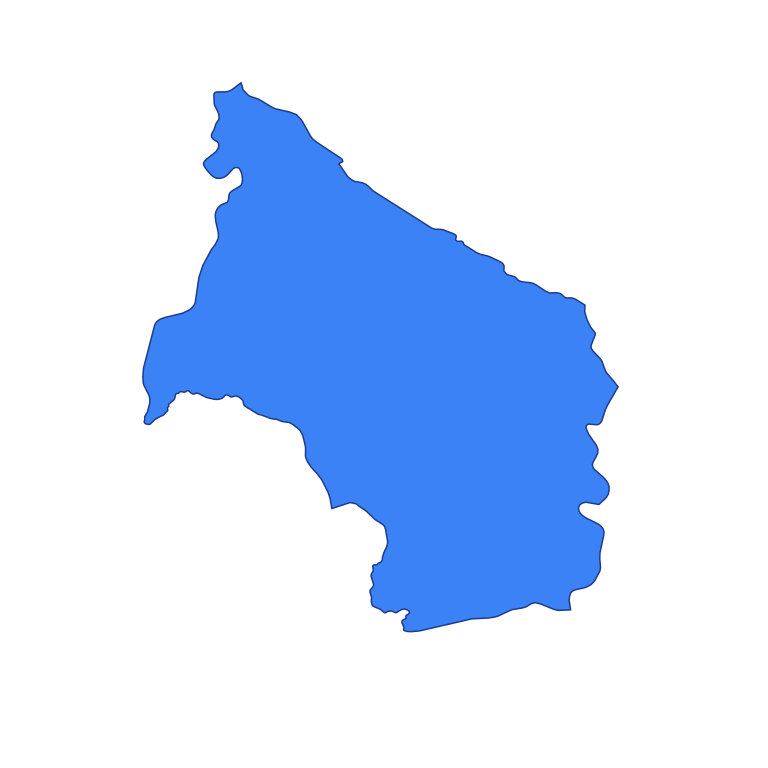 SVG path tracing the border of Nord-Kivu, rotated 294°
{"feature_id": "COD-1898", "entity_name": "Nord-Kivu", "entity_type": "Province", "adm_level": 1, "iso_a3": "COD", "parent_name": "Democratic Republic of the Congo", "parent_adm1": "", "projection": "natural_earth1", "projection_center": [28.468, -0.551], "detail": "fine", "context": "isolated", "style": "filled", "palette": "blue", "viewbox_px": 768, "rotation_deg": 294, "n_neighbors": 0, "source": "natural_earth", "source_scale": "10m", "svg_char_len": 6171}
<svg xmlns="http://www.w3.org/2000/svg" viewBox="0 0 768 768"><g transform="rotate(294 384 384)"><path d="M537.8,535.5L531.6,538.0L525.4,543.2L520.0,549.7L516.5,556.1L516.2,556.5L515.8,556.8L515.4,556.9L503.5,557.5L501.0,558.7L499.2,561.4L494.9,571.6L493.4,573.9L485.8,581.2L483.9,584.4L480.6,591.6L476.6,599.0L455.7,596.8L450.6,596.7L438.4,598.0L435.6,597.2L433.8,595.8L433.0,594.0L430.8,587.7L430.0,586.5L428.4,585.8L426.5,586.2L423.5,588.9L421.6,591.1L414.1,603.3L411.4,605.9L407.9,607.4L402.5,607.3L398.6,606.8L395.5,607.0L393.0,608.6L391.6,610.7L388.1,622.0L386.3,626.2L384.2,629.3L381.6,631.5L378.5,632.8L374.8,633.7L370.8,633.2L368.3,632.4L365.8,631.1L362.5,629.9L361.6,629.3L361.0,628.0L358.4,617.5L357.5,615.6L356.2,614.0L354.7,612.8L353.0,612.0L351.2,611.9L349.2,612.4L347.1,614.1L345.6,616.1L344.5,619.1L343.8,622.6L343.3,635.9L342.4,639.9L341.1,642.7L338.5,645.1L335.0,646.3L317.5,650.0L311.7,652.4L304.5,656.4L301.1,657.3L290.8,656.6L288.2,656.0L285.0,654.7L281.2,651.9L278.9,649.4L273.9,642.5L271.6,640.5L268.8,639.5L265.1,640.0L261.9,641.0L253.6,646.3L248.5,636.2L247.8,634.3L247.2,630.5L246.8,616.8L245.8,611.2L243.5,608.1L238.2,604.4L235.7,601.5L229.6,592.3L218.4,582.6L216.0,579.7L212.7,574.6L205.2,559.8L172.7,516.6L168.6,509.2L167.5,506.1L167.0,503.6L167.2,502.1L167.9,501.7L168.8,501.5L169.6,501.2L170.4,500.6L172.9,497.8L173.7,497.2L174.4,497.0L175.3,497.0L176.0,497.3L176.7,497.7L177.3,498.3L177.8,498.9L178.5,499.3L179.2,499.3L180.6,498.5L181.2,498.3L181.9,498.5L182.5,498.9L183.1,499.4L183.7,499.9L184.5,500.1L185.4,500.1L186.1,499.8L186.8,499.1L187.1,496.8L187.0,495.7L186.9,494.7L186.5,493.8L186.1,493.0L185.0,491.8L183.8,490.8L180.7,488.7L180.3,488.4L179.9,487.8L179.7,487.0L179.7,485.8L179.8,484.4L179.6,483.3L179.3,482.5L178.5,481.0L178.0,480.3L177.4,479.6L176.8,479.2L176.1,478.8L175.5,478.2L175.2,477.4L175.4,476.3L176.5,472.8L176.7,471.3L176.5,465.3L176.7,464.2L177.2,463.2L178.3,462.2L180.5,460.7L182.0,460.1L183.2,459.8L184.2,459.2L185.4,458.3L187.4,456.5L188.7,455.6L189.8,455.2L190.7,455.3L193.2,456.2L195.1,456.4L196.0,456.3L197.1,455.7L202.8,450.6L203.5,450.2L204.3,449.9L205.1,449.8L206.1,449.8L207.9,450.1L208.8,450.1L209.7,449.8L212.7,448.0L213.1,447.8L213.8,447.7L214.3,448.1L214.9,448.7L215.5,450.4L216.0,451.1L216.8,451.4L217.6,451.5L218.3,451.9L219.6,453.3L220.1,453.6L220.9,453.9L221.7,454.0L222.6,453.9L225.1,453.1L226.0,452.9L228.4,452.8L229.3,452.5L237.0,452.6L239.7,452.1L242.1,451.1L252.0,444.4L254.1,442.5L255.2,440.0L256.5,431.1L260.8,419.1L262.3,410.4L263.2,407.8L262.6,404.1L261.8,401.1L249.0,387.0L257.4,381.4L262.4,376.9L271.1,366.2L274.7,359.8L278.4,351.3L281.7,345.9L284.2,343.2L286.5,341.4L292.5,338.9L295.0,337.6L303.5,331.1L306.0,328.3L307.6,325.8L308.9,321.7L309.9,317.3L310.3,313.5L310.1,312.4L308.7,307.8L308.3,305.7L308.1,301.2L308.0,300.1L306.8,296.3L306.4,294.2L305.8,284.4L305.3,281.9L305.2,280.9L305.8,276.9L305.8,275.8L306.6,271.8L306.6,269.7L306.8,268.5L307.5,265.3L308.1,264.4L308.8,263.6L310.6,262.6L311.8,261.1L312.4,259.5L313.2,256.7L313.1,255.2L312.9,254.0L312.6,253.2L312.1,252.4L311.6,251.8L310.5,250.6L310.0,250.0L310.0,248.9L310.3,245.7L310.0,244.6L309.6,243.8L308.9,243.3L306.4,242.6L305.6,242.2L305.0,241.8L303.9,240.6L303.4,239.9L302.8,239.3L302.4,238.5L302.0,237.8L301.0,235.1L299.6,228.0L299.5,226.9L299.9,219.0L299.8,217.6L299.5,216.7L299.1,215.9L297.7,214.8L297.2,213.8L297.2,211.8L297.5,210.5L298.1,209.3L298.2,208.3L298.1,207.4L297.6,206.8L295.6,205.4L295.2,204.7L294.9,203.7L294.8,202.6L294.5,201.7L294.1,201.0L293.4,200.5L292.6,200.3L291.9,200.0L291.5,199.5L290.9,198.4L290.4,198.0L289.7,197.9L285.3,198.7L284.4,198.6L283.6,198.4L281.4,197.1L279.8,196.6L279.1,196.2L278.4,195.7L277.9,195.5L277.3,195.7L276.7,196.1L276.2,196.5L275.6,196.4L275.1,196.0L274.4,195.7L273.8,195.9L272.6,196.9L272.0,197.2L271.2,197.2L269.8,196.4L269.0,196.1L266.4,195.4L265.7,195.0L264.6,194.0L262.7,192.3L258.1,189.0L252.5,186.9L251.7,186.1L251.1,184.8L250.7,182.2L251.1,181.0L251.9,180.3L253.7,180.0L254.6,179.7L256.3,178.8L257.2,178.7L262.5,179.2L270.5,177.9L272.5,177.3L274.5,176.4L276.5,175.2L278.4,173.5L285.2,165.2L286.9,163.7L292.6,160.7L300.9,157.8L343.5,150.7L345.8,150.6L348.0,150.9L350.1,151.8L352.1,153.1L355.8,156.9L366.4,170.8L369.4,173.5L372.6,176.0L374.6,177.1L376.5,177.8L378.3,178.3L380.4,178.5L382.4,178.2L406.3,171.5L418.8,170.3L436.3,171.6L442.9,173.1L449.6,173.4L452.3,172.4L455.6,170.5L464.1,164.2L468.7,161.6L470.7,160.8L473.8,160.3L476.6,160.5L478.4,161.0L480.4,161.8L482.5,163.3L485.9,166.6L486.3,166.9L487.2,167.0L488.9,167.0L493.5,165.5L495.5,165.4L497.5,166.1L499.5,167.2L505.6,171.6L507.7,172.6L510.2,172.6L513.1,171.6L517.9,168.8L520.5,166.3L522.2,163.7L522.0,161.6L520.9,159.7L519.1,158.5L511.3,155.9L509.5,154.9L507.6,153.5L506.0,151.7L504.8,149.7L504.0,147.7L503.8,145.5L504.1,143.2L504.8,140.9L506.8,136.4L509.2,132.1L510.7,130.2L512.4,129.3L514.5,129.4L516.6,130.1L527.5,135.8L529.3,136.3L531.5,136.6L533.8,136.4L536.4,135.1L537.5,133.2L538.1,128.7L539.3,126.2L540.9,125.3L542.7,124.9L547.4,125.3L553.3,124.6L557.5,125.4L559.8,125.2L562.4,123.9L564.6,122.1L569.7,115.9L571.4,114.7L578.5,111.2L580.2,110.7L581.7,111.1L583.0,112.8L586.1,119.8L587.4,121.9L589.0,123.8L590.8,125.2L601.0,130.9L597.6,134.0L595.5,135.3L592.6,142.5L592.3,144.3L593.2,153.6L591.3,168.9L591.2,172.6L594.1,187.3L594.5,194.3L591.7,201.2L580.5,216.2L578.7,219.6L577.6,223.5L572.6,253.2L572.1,254.6L570.5,255.8L569.4,255.3L568.3,254.1L566.5,253.3L565.6,255.3L558.7,266.4L557.4,271.3L557.1,274.4L559.0,282.3L559.1,285.8L558.3,289.2L555.9,295.8L545.8,364.4L546.2,367.8L548.3,372.8L549.0,375.6L549.5,386.7L549.2,389.2L547.9,390.2L546.3,390.3L544.8,390.8L544.2,392.8L544.5,393.9L545.7,395.8L546.0,396.9L545.8,398.3L545.1,399.2L544.2,400.0L543.7,400.9L541.7,415.1L541.6,418.9L543.0,426.0L543.3,429.8L542.9,440.7L542.5,443.3L540.7,445.7L536.1,447.5L534.4,450.7L534.2,452.3L534.3,454.1L534.9,457.5L535.0,460.2L534.4,462.0L533.6,463.6L533.2,465.7L533.6,468.9L535.9,475.9L536.6,479.3L536.4,482.6L534.5,493.8L534.5,498.1L535.8,501.0L537.4,503.8L538.3,507.7L538.2,509.3L536.7,513.8L536.8,515.8L538.6,519.4L539.2,521.4L539.3,524.9L537.8,535.5Z" fill="#3b82f6" stroke="#1e3a8a" stroke-width="1.5"/></g></svg>